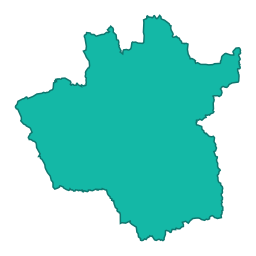 Bawlake, Kayah, Myanmar
{"feature_id": "60261553B12408734015728", "entity_name": "Bawlake", "entity_type": "district", "adm_level": 2, "iso_a3": "MMR", "parent_name": "Myanmar", "parent_adm1": "Kayah", "projection": "albers", "projection_center": [97.439, 18.919], "detail": "fine", "context": "isolated", "style": "filled", "palette": "teal", "viewbox_px": 256, "rotation_deg": 0, "n_neighbors": 0, "source": "geoboundaries", "source_scale": "gbopen_adm2", "svg_char_len": 5722}
<svg xmlns="http://www.w3.org/2000/svg" viewBox="0 0 256 256"><path d="M239.0,47.8L236.0,48.1L233.0,51.4L233.1,52.4L233.7,53.3L233.7,55.0L230.6,55.0L225.9,53.4L224.9,53.7L222.5,55.7L221.7,56.9L221.3,59.7L220.5,61.3L220.5,62.8L220.1,63.4L214.7,63.7L212.7,64.6L208.7,64.9L205.8,64.4L200.7,64.4L197.6,62.7L195.7,63.3L195.0,61.3L195.4,60.8L194.0,59.6L191.8,58.5L190.2,58.8L189.8,57.1L188.2,54.1L187.4,49.5L188.0,44.1L186.1,43.3L184.5,43.7L184.1,43.3L183.3,43.5L181.7,43.0L181.4,41.3L180.2,40.3L179.1,38.1L177.9,37.8L176.9,36.8L176.4,36.9L176.2,36.3L174.0,37.3L173.0,37.2L172.3,36.1L173.1,34.5L172.9,33.3L171.2,30.2L170.7,28.1L171.0,25.8L170.1,25.6L169.1,23.7L164.5,20.2L161.6,19.1L161.1,18.6L161.0,16.9L159.7,15.4L157.9,17.9L156.9,18.7L156.2,18.4L154.4,15.7L153.8,15.9L152.9,17.4L152.1,17.8L151.0,17.2L149.5,17.3L148.9,16.8L148.2,17.1L147.6,15.9L146.8,16.3L146.7,18.5L143.6,19.9L143.9,22.7L143.4,32.2L144.2,35.5L143.8,42.3L142.7,43.4L137.9,43.1L135.7,42.1L133.5,42.3L132.6,42.0L131.9,42.7L131.2,47.5L130.5,49.1L128.6,50.1L126.4,49.5L123.6,49.9L123.0,51.1L122.7,53.9L120.2,52.0L121.1,51.0L118.9,46.6L119.2,45.5L118.5,44.4L118.8,42.2L118.3,40.3L116.6,39.7L116.1,34.9L113.2,32.1L113.4,29.6L112.8,27.7L112.8,28.1L110.7,26.2L110.1,27.3L109.3,27.6L108.1,29.3L107.5,29.6L108.2,30.9L109.4,31.7L108.3,32.6L106.5,32.4L104.1,34.3L101.7,34.5L96.2,36.2L94.0,34.5L91.3,34.5L90.2,33.0L86.6,32.6L86.2,34.3L84.5,35.3L84.3,36.7L85.0,38.2L86.4,46.3L86.1,49.0L85.8,50.2L83.4,51.1L85.2,54.4L86.4,57.3L89.2,61.2L89.6,65.8L89.0,67.8L88.0,68.1L85.8,71.4L85.5,72.4L85.7,74.3L85.2,76.2L85.5,77.2L86.3,77.9L86.0,80.1L86.3,82.5L86.0,83.3L86.0,85.0L85.4,85.5L84.7,85.3L84.2,85.8L83.4,85.9L81.4,84.9L81.0,85.6L81.3,86.4L78.0,84.7L77.6,83.8L77.6,84.1L77.3,83.4L76.9,83.3L76.4,84.0L76.3,85.1L74.1,85.3L73.1,84.4L72.3,84.3L71.2,85.2L70.3,84.3L70.9,82.7L70.4,81.2L65.0,78.1L61.8,78.3L61.1,79.1L60.1,79.2L59.1,78.8L58.5,79.1L58.0,78.9L56.9,79.7L56.8,79.1L55.7,79.4L56.3,81.1L55.6,80.8L55.6,81.2L55.0,80.7L54.7,80.9L55.0,82.3L53.6,82.9L53.2,88.1L52.7,89.4L52.0,89.9L50.0,90.6L49.3,91.7L47.6,92.4L46.5,92.4L45.5,92.9L43.5,92.4L41.9,93.3L36.9,94.0L33.1,96.4L27.7,98.6L26.7,97.0L25.7,97.3L24.1,98.6L22.7,98.9L18.0,101.3L17.1,104.3L15.7,105.9L15.4,107.0L16.4,108.8L17.8,109.2L21.3,117.1L21.4,119.5L20.8,120.8L23.6,124.0L25.8,125.0L26.3,125.9L30.0,127.8L30.7,128.9L32.0,132.4L30.0,133.9L29.7,135.2L28.7,136.4L28.3,137.8L29.1,138.7L29.2,139.5L31.2,139.6L32.8,140.9L34.6,141.5L36.0,142.9L36.4,144.4L36.6,147.6L40.1,153.9L38.6,156.5L40.3,156.5L40.5,158.4L42.0,159.4L44.1,163.1L44.9,164.9L45.2,167.7L45.9,169.4L47.6,172.7L50.2,176.0L51.3,180.4L52.6,181.8L53.0,183.0L53.0,187.0L54.8,189.1L57.9,188.0L59.5,187.0L59.6,186.0L60.4,185.8L63.2,187.0L63.6,187.9L66.3,189.5L68.8,190.4L69.5,189.9L70.0,188.7L71.1,189.9L72.5,189.9L73.8,191.1L75.1,190.9L75.6,189.9L77.8,190.2L78.3,190.7L78.9,190.6L79.2,190.2L80.4,190.5L82.1,190.0L82.9,190.6L82.8,191.0L82.1,190.8L82.3,191.5L83.5,191.8L84.1,191.0L84.7,190.8L86.0,191.4L87.5,191.6L88.6,190.7L88.5,190.1L90.2,190.0L90.8,190.5L92.5,190.7L95.6,189.2L96.6,189.3L96.3,189.5L96.9,189.9L98.2,190.1L98.9,189.4L102.0,189.5L102.2,188.6L105.7,190.0L106.5,190.0L107.6,193.9L108.6,195.5L110.0,196.6L110.3,198.2L111.8,198.8L111.7,200.3L112.6,200.4L112.8,200.9L113.6,200.7L114.1,203.7L115.4,207.5L117.4,209.1L117.0,210.3L117.5,211.5L118.9,211.9L119.1,212.7L119.8,212.8L120.3,214.3L120.4,223.4L121.8,222.7L125.7,223.1L130.1,221.0L130.3,221.6L130.0,222.6L131.8,224.3L136.3,227.1L136.9,232.1L138.1,233.6L138.5,236.9L140.6,238.6L140.4,239.4L140.6,240.2L141.9,240.6L143.2,240.2L144.6,238.9L146.1,239.5L147.7,237.3L148.7,237.4L149.8,235.7L151.1,236.4L152.1,236.0L154.5,239.8L156.2,240.4L158.3,239.4L159.3,239.3L160.6,240.2L161.2,239.7L162.9,240.6L164.1,239.6L164.1,238.0L165.4,234.5L165.5,230.8L166.2,230.4L168.9,231.1L170.2,232.4L171.0,232.3L172.2,229.4L175.7,229.6L175.8,228.4L176.2,228.2L177.9,228.8L179.9,228.8L181.6,227.0L183.4,226.5L183.4,224.5L182.4,222.3L185.7,221.3L188.3,223.2L190.5,220.3L191.6,219.7L192.5,218.6L195.9,218.1L198.3,218.0L199.9,218.4L201.4,219.5L204.6,220.3L206.3,219.2L207.8,219.6L209.5,218.8L209.5,217.4L210.2,216.5L211.8,215.7L212.6,215.7L214.9,217.7L216.2,217.9L217.3,218.5L221.4,217.6L221.0,215.0L221.7,214.3L222.1,212.6L221.8,211.0L222.8,210.5L222.8,207.0L222.0,206.3L221.4,203.7L222.2,202.3L221.4,200.7L222.4,199.7L222.5,197.5L221.4,195.7L221.3,193.8L222.1,193.2L222.5,192.2L222.2,190.4L222.7,188.5L222.4,186.9L220.8,185.0L220.6,183.2L219.4,182.7L218.6,181.9L218.0,180.3L217.9,177.3L217.3,175.9L217.6,174.8L218.2,174.6L218.7,173.7L219.1,171.4L220.2,170.3L219.8,169.4L218.4,168.4L217.6,166.5L217.7,163.2L216.9,161.9L216.5,159.8L217.3,157.8L217.3,156.9L216.3,156.7L215.4,155.8L213.9,151.6L215.5,150.9L216.5,148.0L215.5,146.1L215.7,144.4L214.0,141.7L214.5,137.8L213.4,136.3L211.7,136.8L209.8,136.5L208.9,136.1L206.3,133.3L205.6,133.7L203.8,132.0L203.8,130.9L202.0,129.4L201.7,126.5L197.7,125.0L196.9,125.0L196.5,124.7L196.2,122.5L197.0,121.8L196.4,121.1L196.5,120.2L198.6,120.1L199.8,119.2L201.9,120.2L204.5,117.8L206.1,117.4L205.4,115.3L205.7,115.1L207.6,115.2L208.6,114.8L209.6,115.1L210.4,113.9L213.2,112.8L213.9,111.7L213.2,111.1L212.9,110.3L213.5,109.0L213.2,103.1L214.0,100.9L214.1,99.6L213.7,98.7L213.8,97.7L213.0,96.1L213.6,95.8L217.9,95.7L219.2,96.5L221.1,95.2L222.0,92.6L221.5,90.4L220.4,89.0L222.2,86.7L223.2,86.4L225.1,87.2L226.8,87.4L228.2,86.1L229.1,84.5L232.2,82.9L238.1,82.1L238.7,81.1L239.0,76.0L238.8,74.4L238.3,73.4L238.4,72.5L237.8,71.6L237.6,69.2L237.9,68.7L239.3,68.8L240.0,68.4L240.2,67.1L239.4,65.9L239.9,64.4L239.0,64.0L239.3,62.6L238.7,61.8L240.2,59.1L238.6,55.4L238.9,54.3L240.0,53.9L240.6,53.0L240.2,51.9L240.5,50.3L239.8,48.5L239.0,47.8Z" fill="#14b8a6" stroke="#0f766e" stroke-width="1.5"/></svg>